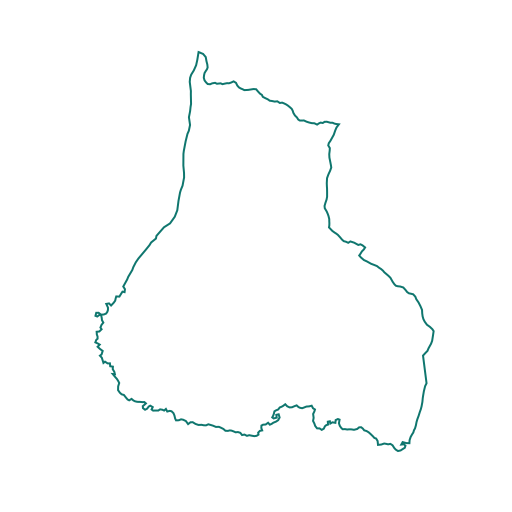 Itaquiraí, Mato Grosso do Sul, Brazil (Natural Earth projection), rotated 174°
{"feature_id": "56859067B90589702399806", "entity_name": "Itaquiraí", "entity_type": "district", "adm_level": 2, "iso_a3": "BRA", "parent_name": "Brazil", "parent_adm1": "Mato Grosso do Sul", "projection": "natural_earth1", "projection_center": [-54.119, -23.389], "detail": "fine", "context": "isolated", "style": "outline", "palette": "teal", "viewbox_px": 512, "rotation_deg": 174, "n_neighbors": 0, "source": "geoboundaries", "source_scale": "gbopen_adm2", "svg_char_len": 5726}
<svg xmlns="http://www.w3.org/2000/svg" viewBox="0 0 512 512"><g transform="rotate(174 256 256)"><path d="M303.9,423.6L304.7,414.0L305.5,411.1L306.4,406.9L308.2,401.0L307.9,393.2L309.7,387.6L311.4,384.6L314.0,377.4L316.8,368.1L317.5,365.1L318.8,353.5L318.9,346.1L319.3,341.6L321.7,333.6L323.7,329.9L324.9,327.1L327.3,319.0L329.5,309.7L332.7,303.5L338.1,297.4L344.5,294.2L352.9,286.4L353.7,283.8L358.9,280.4L360.8,277.9L365.2,273.5L373.2,265.8L376.2,262.3L379.2,257.7L380.5,255.0L385.2,248.7L386.6,246.1L391.2,239.5L389.8,236.7L390.5,233.8L392.5,234.5L393.9,232.8L396.1,229.9L399.2,230.4L400.0,228.5L400.7,226.3L402.4,224.4L405.3,221.9L407.1,224.2L409.9,224.0L408.6,220.1L408.9,217.8L409.7,216.0L411.1,214.4L413.6,213.7L416.3,213.9L415.9,210.7L415.9,208.3L414.8,205.7L416.8,203.7L418.2,201.1L417.2,199.3L419.7,197.3L422.4,197.3L422.5,194.6L422.0,192.5L422.2,190.3L423.6,189.3L424.8,186.9L422.6,185.6L420.7,184.2L423.0,182.3L421.0,180.0L418.4,177.6L419.9,174.2L421.6,173.2L420.0,171.0L419.3,167.7L418.9,165.6L417.2,166.7L414.8,164.7L412.5,164.5L412.5,161.6L409.9,160.9L410.3,158.4L409.0,155.6L408.7,153.2L410.8,153.6L408.7,150.4L407.2,148.3L406.2,146.3L405.3,144.0L406.7,140.8L407.2,137.0L405.7,134.3L404.1,132.5L401.9,131.6L400.2,128.9L398.7,126.7L397.2,125.7L394.7,126.9L393.1,125.2L391.6,124.2L389.4,123.4L386.4,123.0L384.0,122.5L382.3,122.4L380.9,120.9L382.8,119.5L384.3,118.5L384.3,116.5L382.4,114.7L380.3,115.5L378.4,117.5L376.8,118.2L374.5,116.5L375.9,114.3L374.5,113.0L371.7,112.8L369.4,112.5L367.4,113.5L365.2,112.9L363.5,111.9L361.6,113.3L360.5,110.6L358.0,111.0L356.2,110.4L354.5,108.3L353.8,105.9L353.4,102.8L352.7,100.9L350.0,100.7L347.6,101.4L345.6,100.8L343.0,99.2L341.1,95.9L338.5,97.5L336.3,97.3L333.7,95.3L330.9,94.0L327.8,93.8L325.6,93.1L323.4,92.8L321.0,93.6L319.0,92.8L316.6,91.8L313.7,90.2L310.8,90.0L309.0,89.0L306.5,87.4L304.7,85.4L302.2,85.0L300.3,85.3L298.6,84.9L296.6,83.9L294.7,82.8L292.4,82.8L290.1,81.8L288.6,79.4L286.1,79.6L283.8,78.1L281.5,78.5L278.9,77.7L276.5,77.0L274.2,77.1L272.2,78.1L272.3,80.1L270.4,81.7L268.1,81.9L268.7,84.4L268.3,86.8L266.6,87.5L264.0,87.4L261.4,88.9L259.9,86.8L258.0,87.4L256.2,88.4L253.4,89.2L251.1,90.4L249.4,92.9L250.0,96.2L252.4,95.9L252.3,93.1L255.4,92.6L256.7,93.8L255.6,95.4L254.7,97.3L253.9,99.6L252.2,100.4L250.0,101.0L248.2,102.9L246.3,103.4L244.7,104.1L242.4,105.5L240.7,103.3L238.4,101.9L236.0,101.8L233.5,102.6L231.2,103.2L229.5,101.3L228.0,100.4L226.0,99.8L224.4,100.2L221.6,101.0L218.9,100.9L216.3,101.3L215.2,98.6L213.4,97.2L214.2,95.3L215.7,92.9L215.6,89.0L216.5,86.0L215.5,83.4L214.9,80.8L213.3,78.2L210.8,77.9L208.8,76.2L206.6,77.2L205.3,79.4L203.9,80.4L202.0,80.8L201.9,83.7L199.8,83.9L199.6,81.6L197.4,82.6L194.5,81.8L193.9,84.5L191.6,85.3L190.0,84.5L191.0,81.0L190.4,78.3L189.3,76.3L188.0,74.7L185.5,74.5L183.4,73.9L181.7,73.9L179.2,73.6L176.7,72.9L173.4,73.4L171.4,74.8L169.3,74.7L167.8,73.2L166.6,71.3L164.4,70.4L162.4,68.9L160.5,66.8L158.5,64.4L157.3,62.7L155.6,61.9L154.4,59.3L154.4,55.4L151.1,55.4L148.1,56.1L146.0,55.5L144.3,54.9L142.0,55.1L140.0,53.5L138.5,50.5L137.2,48.8L135.2,47.2L132.5,47.5L130.4,48.6L128.1,49.7L127.2,51.7L128.6,53.3L131.2,53.3L129.6,55.6L126.0,54.2L123.0,53.8L122.5,56.8L121.1,59.9L119.4,62.3L118.0,64.0L117.1,66.2L115.9,67.9L114.7,70.8L113.7,74.1L112.6,76.8L111.0,80.0L109.4,83.7L108.1,86.4L107.1,89.0L105.8,93.4L105.0,97.3L104.4,99.6L103.2,103.9L102.2,106.7L101.4,108.9L99.7,111.6L100.3,139.5L97.7,141.8L95.4,143.7L94.1,146.1L92.3,148.7L91.1,150.4L89.7,153.2L88.3,158.4L87.2,162.7L88.2,164.7L90.4,167.3L93.2,169.8L95.1,173.1L96.1,175.7L96.6,178.5L96.7,181.6L96.5,185.0L97.7,188.9L99.2,192.8L101.1,196.3L101.8,198.9L103.7,201.5L105.9,202.3L107.8,202.9L109.5,204.4L110.7,206.4L112.8,209.3L115.8,210.6L118.2,211.1L120.0,211.8L121.3,213.4L122.8,216.1L124.6,220.3L126.3,222.4L128.1,224.3L130.1,226.4L131.3,228.2L132.9,229.9L135.0,231.6L136.7,233.3L139.5,234.8L142.3,236.2L146.4,239.1L149.1,240.7L151.9,243.7L153.3,245.7L151.9,247.3L150.2,249.5L148.0,251.3L146.6,253.1L149.0,255.5L150.9,256.7L153.1,256.3L155.0,257.6L157.0,259.0L160.6,260.6L162.9,259.5L165.1,260.8L167.2,261.6L168.8,263.4L170.4,265.8L172.4,268.5L174.0,270.0L175.4,271.1L177.5,273.0L180.4,276.8L179.9,278.7L179.6,280.9L179.5,282.9L179.3,285.1L179.7,288.1L180.2,290.2L181.0,292.8L182.6,296.3L182.6,298.6L181.4,301.6L179.9,304.8L179.1,307.5L178.6,312.2L178.3,315.7L178.2,318.1L178.0,321.0L177.2,326.0L175.8,328.9L174.8,330.7L173.5,332.8L171.9,336.1L172.0,338.5L172.3,341.9L172.7,346.2L172.5,349.7L171.7,353.1L171.3,355.6L172.6,358.4L171.8,360.6L170.0,362.7L166.0,368.4L164.0,372.7L162.5,375.4L159.8,378.3L162.5,378.9L164.2,379.5L165.9,380.5L168.2,380.8L171.5,382.1L173.7,382.3L175.7,381.3L177.8,381.9L179.6,381.3L181.5,380.3L184.1,381.9L186.7,382.3L189.2,383.2L191.7,384.3L194.2,385.8L196.2,385.9L198.4,386.2L199.8,387.4L200.8,389.5L202.6,391.7L203.9,394.5L204.3,396.6L205.1,398.6L206.8,400.5L208.6,402.3L210.2,403.6L212.1,404.8L214.0,405.8L216.3,405.7L218.6,407.6L221.2,407.6L224.0,408.5L226.1,409.0L227.9,410.6L230.4,412.1L232.6,413.6L233.3,415.6L235.0,417.0L237.1,419.8L238.4,421.8L241.0,422.3L244.7,422.1L246.5,422.0L248.4,422.1L250.3,422.2L251.8,423.2L253.8,424.3L255.3,425.4L256.8,427.5L257.8,430.3L260.0,432.0L262.6,431.1L264.8,430.6L266.8,430.9L269.0,430.7L271.4,430.4L273.1,431.4L274.9,431.4L276.9,431.4L278.6,432.5L281.5,432.3L283.7,431.6L286.1,432.1L287.6,434.0L288.8,436.0L289.3,438.7L288.7,441.4L288.0,443.4L286.7,445.1L285.2,446.9L284.4,448.6L284.4,451.5L284.9,455.0L285.2,459.1L287.5,462.5L291.8,464.8L293.9,457.1L295.6,452.0L298.5,447.0L301.5,443.1L302.9,440.1L303.7,436.1L303.5,426.9L303.9,423.6ZM416.3,213.9L418.5,216.0L420.8,216.2L421.9,213.3L420.2,212.4L418.4,213.5L416.3,213.9Z" fill="none" stroke="#0f766e" stroke-width="2"/></g></svg>